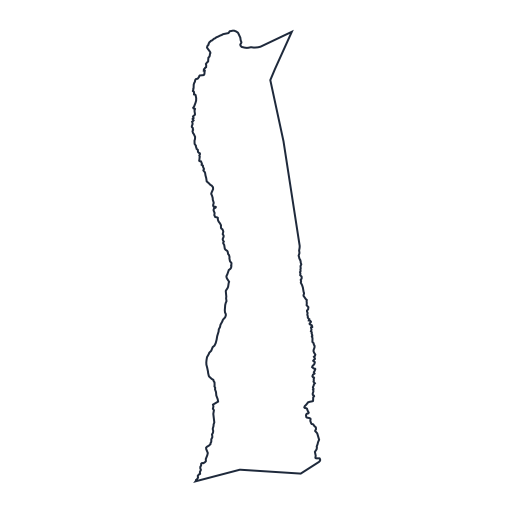 Boquerón, Chiriquí, Panama (Albers equal-area conic projection)
{"feature_id": "35544464B36404447942008", "entity_name": "Boquerón", "entity_type": "district", "adm_level": 2, "iso_a3": "PAN", "parent_name": "Panama", "parent_adm1": "Chiriquí", "projection": "albers", "projection_center": [-82.58, 8.629], "detail": "fine", "context": "isolated", "style": "outline", "palette": "slate", "viewbox_px": 512, "rotation_deg": 0, "n_neighbors": 0, "source": "geoboundaries", "source_scale": "gbopen_adm2", "svg_char_len": 6037}
<svg xmlns="http://www.w3.org/2000/svg" viewBox="0 0 512 512"><path d="M300.7,473.6L319.0,461.9L319.9,460.9L320.2,460.0L319.9,458.9L319.5,458.3L316.2,458.3L315.6,458.1L315.4,457.7L315.7,455.7L314.9,451.9L316.6,449.3L316.9,447.6L316.7,446.6L317.6,444.1L318.0,442.3L319.1,439.7L317.3,433.6L316.9,432.9L315.2,431.1L315.2,430.6L316.0,429.2L315.9,427.7L315.7,427.2L314.4,426.1L313.3,424.5L312.8,424.2L311.7,424.0L311.2,423.4L310.3,420.9L310.6,419.1L310.4,418.6L309.5,418.1L306.9,417.6L306.3,417.1L306.0,415.5L306.2,414.5L306.7,413.8L308.4,413.3L308.7,412.6L307.6,410.6L307.0,408.7L306.4,408.3L304.7,407.9L304.3,407.3L304.8,406.1L306.3,404.6L308.1,402.3L309.7,401.8L312.3,401.3L312.9,401.1L313.1,400.5L313.2,397.3L314.1,396.2L313.9,395.6L312.9,395.0L312.7,394.3L312.7,393.6L313.4,391.5L313.3,390.1L313.0,389.7L313.5,389.1L313.5,388.7L313.0,387.9L312.9,387.2L313.7,385.5L313.9,384.3L314.9,383.3L313.5,381.7L313.8,380.7L313.7,378.8L314.1,377.9L313.8,377.4L312.8,377.0L312.4,376.2L313.0,374.6L314.5,373.6L313.8,372.2L314.5,371.2L315.3,369.1L315.0,368.7L313.7,368.5L312.1,367.1L312.6,365.9L314.2,364.3L314.7,362.9L314.8,362.3L314.6,361.8L313.4,361.1L313.2,360.8L313.8,359.9L314.9,359.0L314.9,358.3L313.9,356.8L315.0,355.8L315.3,354.6L314.0,352.5L313.5,351.1L313.6,350.0L314.5,347.5L314.6,346.2L314.5,345.6L313.9,344.8L313.6,343.2L312.4,341.9L312.5,338.5L312.3,337.4L311.8,336.6L311.9,336.1L312.3,335.9L312.3,335.2L311.6,333.3L311.8,332.7L311.7,332.1L310.9,331.3L311.5,329.8L311.0,327.5L311.3,327.0L312.2,327.0L312.2,326.3L311.7,325.2L310.1,324.5L309.6,324.0L309.6,323.5L310.8,322.2L310.9,321.6L310.2,320.8L308.8,320.5L309.3,319.2L308.6,318.7L307.8,317.6L307.8,316.2L307.3,314.8L307.6,313.0L307.0,311.4L307.0,310.5L308.1,309.4L308.4,307.2L306.6,305.2L306.8,303.1L306.6,301.3L306.8,300.0L305.8,299.1L303.5,295.8L303.6,294.8L304.0,293.8L304.0,293.0L303.6,291.9L302.9,287.7L302.1,285.2L300.8,282.7L301.1,281.1L300.7,279.9L301.6,278.6L301.7,277.0L301.5,276.5L300.2,275.2L300.4,273.4L300.0,272.1L300.6,271.1L300.4,269.5L300.7,268.6L300.5,266.1L301.3,264.3L300.7,262.6L300.6,261.0L300.2,260.5L300.2,259.8L299.4,258.7L298.9,256.4L298.6,255.8L299.4,253.3L299.4,252.3L299.1,250.6L299.6,247.8L299.7,246.0L283.5,141.3L270.3,80.1L275.1,68.7L291.8,31.8L260.5,46.7L258.0,47.3L255.8,47.5L253.9,47.6L251.0,47.2L248.1,47.8L246.5,47.9L244.5,47.6L241.6,46.9L240.5,45.6L240.3,44.5L241.3,42.8L241.4,42.2L240.7,40.4L240.3,37.6L238.2,33.1L237.7,32.5L236.0,31.4L234.2,30.7L232.6,30.7L230.9,31.1L230.1,31.1L229.6,31.4L228.7,32.8L228.3,33.1L223.4,34.1L222.4,34.5L221.8,35.0L220.5,35.4L217.7,36.8L216.3,37.3L215.3,38.2L213.9,38.8L212.1,40.4L210.8,40.9L210.3,41.6L209.6,42.0L208.7,43.5L208.5,44.8L207.6,45.6L207.0,47.3L207.3,48.1L209.8,51.5L210.3,52.4L210.4,53.0L209.9,54.1L209.9,54.8L209.5,56.5L208.4,57.7L208.1,61.5L206.9,62.6L205.9,64.0L206.2,65.1L206.1,67.2L205.1,67.8L204.9,68.4L203.9,69.3L203.8,70.6L204.5,70.5L204.8,70.7L204.6,71.7L204.4,74.0L204.0,74.8L203.6,75.1L199.7,75.5L199.3,76.0L199.0,77.0L198.6,77.4L198.0,78.4L197.4,78.8L196.1,79.0L195.7,79.3L195.2,80.1L194.9,81.7L194.2,83.0L193.7,84.6L193.6,88.1L193.3,88.5L193.3,89.6L192.9,90.8L192.9,91.1L193.8,91.6L194.1,93.0L194.0,94.4L195.2,94.7L195.6,95.1L196.2,98.3L196.1,100.7L195.5,102.8L194.1,106.5L193.2,107.8L193.6,108.5L194.8,108.7L195.0,108.9L194.5,110.8L195.0,114.3L194.7,115.0L193.4,116.0L193.0,116.5L193.6,118.0L192.6,118.8L192.6,119.1L193.6,120.4L193.3,120.8L192.1,121.7L192.5,123.0L192.6,124.0L191.8,126.3L191.9,127.1L192.8,128.0L192.9,128.4L192.8,129.4L193.1,129.9L192.5,131.2L193.0,133.0L193.8,134.1L195.1,136.9L195.0,139.0L194.5,140.7L194.6,143.9L195.9,145.7L195.9,146.7L196.3,147.6L196.6,148.9L197.8,149.8L198.0,151.9L198.8,152.8L199.7,153.2L199.9,153.4L199.9,154.5L199.3,155.5L199.8,156.9L199.5,157.8L199.5,158.9L199.2,160.7L199.5,161.1L201.0,161.4L201.9,163.6L201.6,164.8L202.9,165.6L202.9,166.6L204.0,169.0L203.5,169.9L203.4,170.5L204.8,172.2L205.1,173.0L205.5,175.5L206.2,178.0L206.7,181.4L208.9,183.3L210.3,184.8L211.7,185.6L213.0,187.3L213.1,189.1L211.6,192.5L211.2,193.9L212.0,195.6L212.7,198.0L212.8,199.8L213.6,202.3L213.7,203.0L213.1,205.1L213.2,205.9L213.6,206.6L215.1,206.7L215.8,207.1L215.5,207.7L214.0,208.5L213.6,209.6L213.6,210.5L214.6,213.0L214.3,215.1L215.2,217.0L217.4,217.5L217.8,217.8L217.9,219.8L218.3,220.9L218.7,221.7L220.0,223.4L221.0,225.3L220.9,227.0L221.2,228.4L222.5,229.4L223.1,230.9L223.3,231.7L222.7,234.1L223.6,235.6L223.6,236.8L222.8,238.7L222.7,239.4L223.0,240.3L223.8,241.7L223.3,242.4L223.2,243.2L224.2,245.0L224.8,248.8L225.6,249.8L227.2,250.9L227.6,251.5L228.2,254.2L228.9,254.9L229.4,256.4L229.5,257.2L229.4,258.3L229.9,260.9L230.2,261.6L231.3,262.7L231.5,263.8L231.1,265.7L231.4,266.0L231.3,266.4L231.1,267.7L230.3,268.9L228.8,270.0L227.4,274.1L226.4,276.2L226.6,277.6L227.1,278.7L229.1,281.8L228.7,282.9L228.1,286.8L227.5,288.2L225.9,290.6L225.8,291.3L226.3,296.6L226.1,298.4L226.5,301.1L225.7,303.0L225.2,305.0L224.8,310.2L225.0,312.4L225.8,314.1L225.8,315.5L225.1,317.4L223.3,319.3L222.6,320.4L222.4,321.3L220.5,324.7L220.0,327.1L218.8,329.3L218.6,331.5L217.2,336.1L216.6,339.7L215.7,343.1L214.5,345.6L212.7,347.1L211.2,350.8L209.3,352.7L208.7,354.2L207.0,357.2L206.5,360.2L206.3,362.4L206.4,364.7L207.2,367.8L208.0,371.6L208.1,372.9L208.8,375.9L209.2,376.6L211.7,378.9L213.3,379.8L213.8,381.4L214.5,382.3L214.6,385.3L214.4,386.2L215.2,387.9L215.0,389.3L216.0,392.1L216.3,395.5L217.7,399.2L218.1,401.6L213.0,404.6L213.4,406.4L212.9,408.8L213.5,409.5L213.9,410.4L213.3,413.9L214.3,422.4L213.6,424.4L213.5,426.1L212.8,428.5L212.8,429.4L213.2,430.9L213.1,432.0L212.8,433.1L212.0,434.4L212.3,436.2L212.3,437.3L211.3,439.3L211.3,441.3L211.1,442.2L210.5,443.2L210.5,444.1L209.1,445.5L206.9,446.8L206.1,447.7L206.2,449.1L207.8,453.0L207.3,455.2L205.8,459.0L205.9,461.1L205.2,462.0L203.4,463.2L202.1,463.0L201.2,463.7L201.1,465.5L200.3,466.9L200.3,468.3L200.9,469.9L199.9,472.0L200.1,473.8L199.8,474.1L198.8,474.5L197.8,475.9L198.0,477.7L196.8,479.5L196.0,480.0L195.9,480.9L195.6,481.3L239.9,469.7L300.7,473.6Z" fill="none" stroke="#1e293b" stroke-width="2"/></svg>